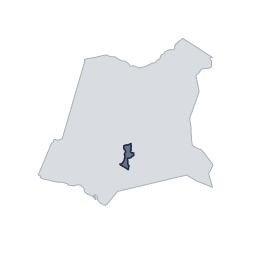 Balambala, North-Eastern, Kenya shown in context, rotated 77°
{"feature_id": "3690345B82306211866493", "entity_name": "Balambala", "entity_type": "district", "adm_level": 2, "iso_a3": "KEN", "parent_name": "Kenya", "parent_adm1": "North-Eastern", "projection": "orthographic", "projection_center": [39.23, -0.023], "detail": "fine", "context": "in_parent", "style": "filled", "palette": "slate", "viewbox_px": 256, "rotation_deg": 77, "n_neighbors": 0, "source": "geoboundaries", "source_scale": "gbopen_adm2", "svg_char_len": 5637}
<svg xmlns="http://www.w3.org/2000/svg" viewBox="0 0 256 256"><g transform="rotate(77 128 128)"><path d="M51.4,155.0L51.3,151.7L51.8,143.3L51.7,136.0L52.1,132.3L53.9,130.0L54.8,128.3L55.4,125.9L56.3,124.0L58.4,122.5L58.8,121.6L61.1,119.0L62.5,115.6L63.5,114.5L64.8,113.4L65.7,112.9L67.2,112.3L68.3,112.0L68.5,111.7L68.6,111.2L68.3,109.1L68.8,108.4L69.6,107.0L70.5,105.7L71.3,104.9L71.8,104.0L72.0,102.6L72.0,101.5L72.0,99.8L71.8,96.0L70.8,92.7L70.2,89.1L70.7,87.9L69.9,85.8L69.5,85.7L68.9,85.3L68.1,83.3L67.6,81.4L67.2,81.0L64.6,79.4L63.4,75.6L61.9,74.8L61.2,71.1L61.0,70.0L61.9,66.3L61.8,65.4L60.9,64.7L58.5,63.9L56.6,62.3L56.8,61.8L57.0,61.2L56.0,60.9L53.0,54.5L56.9,50.7L60.8,46.8L65.8,41.9L70.4,37.4L74.4,33.6L77.9,30.1L77.8,30.8L77.8,31.6L78.3,32.2L79.0,32.5L80.0,32.2L80.9,31.6L81.7,31.5L87.0,32.9L87.9,34.2L87.8,35.6L88.0,36.5L87.6,37.5L87.2,40.5L87.3,43.2L88.9,45.2L90.3,46.8L91.4,49.1L92.2,49.7L93.4,50.1L97.0,50.2L102.4,50.3L107.6,50.5L108.0,50.5L109.1,50.8L113.9,53.8L118.3,56.6L122.0,59.0L125.6,61.3L129.1,63.6L131.8,65.5L134.4,66.0L138.8,66.3L141.8,66.4L144.6,67.2L148.7,67.9L151.8,68.3L153.7,68.7L158.8,69.2L159.7,68.9L162.0,66.8L164.5,63.4L165.5,61.6L168.8,59.7L174.6,57.1L178.7,55.3L183.2,53.5L185.3,55.1L188.1,57.6L189.4,58.9L190.4,59.4L192.0,59.8L193.9,59.8L194.9,59.8L197.0,59.4L201.9,59.1L204.7,59.2L202.3,62.5L199.5,66.6L194.3,74.1L190.4,78.0L187.4,81.0L187.1,81.5L187.1,84.8L187.1,92.9L187.2,109.1L187.3,125.4L187.4,141.6L187.4,149.7L187.4,152.4L190.0,155.8L192.6,159.2L196.0,163.6L197.8,165.9L198.1,166.7L198.0,168.3L195.2,171.6L192.9,173.1L189.8,173.8L188.9,173.7L187.7,173.2L187.2,174.0L186.9,175.2L186.2,175.0L185.7,174.6L186.0,176.8L186.3,177.9L185.8,179.4L184.3,180.6L184.2,181.7L180.9,184.5L176.3,184.8L173.9,186.3L172.8,187.4L172.0,189.9L172.3,193.8L171.0,196.7L170.8,198.2L168.4,200.1L167.3,201.9L166.5,203.7L165.9,204.5L165.1,208.5L164.0,210.9L163.7,211.7L163.4,212.5L162.5,213.9L162.0,214.9L161.6,215.5L158.8,221.8L156.6,224.6L154.9,224.3L153.7,225.4L153.6,225.9L153.0,225.6L151.5,224.6L148.6,222.5L145.7,220.3L142.7,218.2L139.8,216.1L136.8,214.0L133.9,211.8L130.9,209.7L128.0,207.6L126.2,206.4L125.5,205.6L124.9,204.1L124.6,203.8L123.8,203.3L122.9,203.2L122.6,202.9L122.6,202.2L122.9,201.2L124.0,199.3L124.1,198.1L123.9,196.8L123.6,194.7L123.3,194.3L121.3,193.2L117.2,190.9L113.1,188.6L109.0,186.3L104.9,184.0L100.8,181.7L96.7,179.4L92.6,177.2L88.5,174.9L84.4,172.6L80.3,170.3L76.2,168.0L72.1,165.7L68.0,163.4L63.9,161.1L59.8,158.8L55.8,156.5L54.2,155.7L52.8,155.0L51.4,155.0ZM187.7,177.2L187.0,177.4L187.3,176.3L189.4,174.9L190.3,175.2L190.5,175.5L190.4,175.8L190.1,176.1L187.7,177.2Z" fill="#d9dde1" stroke="#a8b0b8" stroke-width="1"/><path d="M159.0,135.5L158.7,135.5L158.3,135.5L157.9,135.4L157.4,135.3L157.4,135.2L157.5,135.0L157.5,134.9L157.5,134.6L157.5,134.3L157.5,134.1L157.5,133.9L157.6,133.7L157.6,133.3L157.6,133.1L157.6,132.9L157.6,132.7L157.6,132.4L157.6,132.2L157.6,131.9L157.4,131.6L157.2,131.4L157.1,131.2L156.9,130.9L156.8,130.7L156.7,130.7L156.5,130.4L156.4,130.3L156.4,130.0L156.4,129.8L156.4,129.6L156.2,129.4L156.1,129.1L156.1,128.8L156.0,128.5L155.9,128.5L155.7,128.5L155.4,128.4L155.2,128.4L154.7,128.4L154.4,128.4L154.2,128.3L154.0,128.2L154.0,128.3L153.8,128.3L153.7,128.3L153.5,128.5L153.4,128.6L153.2,128.9L153.2,129.0L153.1,129.3L153.0,129.5L153.0,129.9L153.0,130.0L152.9,130.1L152.8,130.3L152.7,130.4L152.6,130.5L152.4,130.6L152.2,130.7L152.1,130.8L151.9,130.9L151.7,130.9L151.4,130.9L151.2,130.7L150.9,130.5L150.8,130.4L150.7,130.3L150.6,130.2L150.4,129.9L150.2,129.9L150.2,130.0L149.9,130.0L149.7,130.1L149.4,130.1L149.2,130.0L149.0,129.8L148.9,129.8L148.9,129.7L148.7,129.5L148.4,129.5L148.2,129.6L147.9,129.6L147.7,129.6L147.4,129.5L147.3,129.4L147.2,129.2L146.9,129.1L146.7,129.0L146.4,129.1L146.2,129.1L146.1,128.9L145.9,128.9L145.7,128.9L145.4,128.9L145.4,129.0L145.2,129.0L145.1,128.9L144.9,128.9L144.7,128.8L144.5,128.7L144.4,128.7L144.2,128.7L143.9,128.6L143.8,129.0L144.1,130.1L144.3,130.9L144.5,131.4L144.6,132.1L144.6,132.3L144.3,132.8L144.2,132.8L144.2,133.0L144.1,133.3L144.1,133.5L144.2,133.8L144.1,134.0L144.1,134.3L144.1,134.5L144.2,134.9L144.2,135.1L144.3,135.2L144.3,135.4L144.3,135.5L144.4,135.8L144.4,136.0L144.5,136.0L145.0,136.2L145.3,136.3L145.5,136.4L145.9,136.5L146.0,136.5L146.4,136.6L146.6,136.6L146.8,136.6L147.1,136.7L147.4,136.5L147.5,136.5L147.6,136.4L148.1,136.5L148.2,136.3L148.3,136.2L148.5,136.1L148.8,135.9L149.0,135.8L149.3,135.8L149.7,135.7L149.8,135.7L150.0,135.7L150.3,135.8L150.6,135.7L150.9,135.8L151.0,135.8L151.2,136.0L151.4,136.3L152.0,136.9L152.2,137.1L152.3,137.2L152.6,137.2L152.7,137.3L152.9,137.4L153.0,137.4L153.4,137.4L153.6,137.3L153.8,137.3L154.0,137.4L154.3,137.5L155.0,137.4L155.3,137.4L155.5,137.4L155.8,137.5L156.0,137.6L156.3,137.9L156.6,138.0L156.8,138.1L157.1,138.4L157.2,138.5L157.6,138.5L157.8,138.5L158.0,138.6L158.4,138.9L158.6,139.0L158.9,139.3L159.1,139.5L159.4,139.7L159.5,139.8L159.8,140.3L160.1,140.5L160.4,140.7L160.5,140.8L160.6,141.0L160.8,141.3L161.0,141.5L161.3,141.7L161.4,141.8L161.4,144.0L161.5,144.0L161.6,143.9L161.8,143.8L161.8,143.7L162.0,143.7L162.3,143.7L165.9,139.7L166.0,139.6L168.6,137.2L168.4,137.0L168.2,136.9L167.9,136.9L167.7,136.7L167.4,136.6L167.2,136.5L167.0,136.4L166.8,136.4L166.6,136.3L166.4,136.3L166.2,136.2L165.8,136.0L165.7,136.0L165.5,135.8L165.4,135.7L165.2,135.5L165.0,135.8L164.9,135.8L164.7,135.9L164.5,136.0L164.4,136.1L164.2,136.1L163.9,136.0L163.7,136.1L163.0,136.3L162.9,136.2L162.6,136.2L162.4,136.1L162.2,136.0L161.9,136.0L161.5,136.2L161.4,136.2L161.2,135.8L160.8,135.7L160.7,135.7L159.0,135.5Z" fill="#64748b" stroke="#1e293b" stroke-width="1.5"/></g></svg>